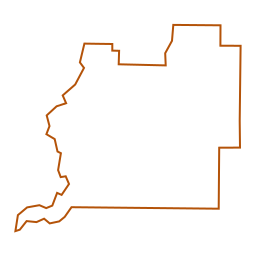 Washington, Florida, United States of America
{"feature_id": "52423323B12905112958239", "entity_name": "Washington", "entity_type": "district", "adm_level": 2, "iso_a3": "USA", "parent_name": "United States of America", "parent_adm1": "Florida", "projection": "orthographic", "projection_center": [-85.799, 30.61], "detail": "fine", "context": "isolated", "style": "outline", "palette": "amber", "viewbox_px": 256, "rotation_deg": 0, "n_neighbors": 0, "source": "geoboundaries", "source_scale": "gbopen_adm2", "svg_char_len": 674}
<svg xmlns="http://www.w3.org/2000/svg" viewBox="0 0 256 256"><path d="M75.2,84.5L62.7,95.4L66.1,103.2L56.6,106.3L46.7,115.4L49.5,126.1L46.4,134.2L54.7,139.1L57.5,151.5L60.9,153.2L58.1,170.1L60.7,177.1L65.7,176.3L69.0,184.0L61.6,194.9L57.1,192.9L52.3,205.6L46.2,208.1L39.4,205.2L27.1,207.4L17.9,215.1L15.4,231.1L19.8,229.7L26.6,221.1L36.5,222.1L44.1,218.7L49.7,223.4L59.2,221.4L64.7,216.9L71.5,207.2L218.7,208.7L219.2,147.7L240.0,147.6L239.7,120.9L240.6,45.8L220.4,45.7L220.5,25.3L173.3,24.9L172.0,40.8L165.2,53.2L165.7,65.4L118.7,64.3L119.1,50.8L112.3,50.6L112.3,44.0L97.0,43.8L84.4,43.6L79.9,62.4L84.0,67.9L75.2,84.5Z" fill="none" stroke="#b45309" stroke-width="2"/></svg>